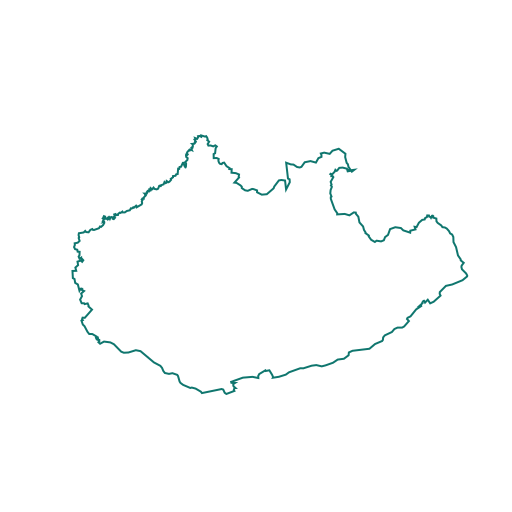 Portlaw-Kilmacthomas Lea-5, Waterford, Ireland (orthographic projection), rotated 154°
{"feature_id": "5873133B10835743668931", "entity_name": "Portlaw-Kilmacthomas Lea-5", "entity_type": "district", "adm_level": 2, "iso_a3": "IRL", "parent_name": "Ireland", "parent_adm1": "Waterford", "projection": "orthographic", "projection_center": [-7.459, 52.233], "detail": "fine", "context": "isolated", "style": "outline", "palette": "teal", "viewbox_px": 512, "rotation_deg": 154, "n_neighbors": 0, "source": "geoboundaries", "source_scale": "gbopen_adm2", "svg_char_len": 6125}
<svg xmlns="http://www.w3.org/2000/svg" viewBox="0 0 512 512"><g transform="rotate(154 256 256)"><path d="M334.6,144.2L334.7,145.3L333.3,146.7L332.3,146.3L333.3,148.7L333.0,150.1L332.4,150.9L330.5,151.1L333.7,152.8L333.5,153.8L321.1,152.4L312.1,148.9L307.4,145.3L306.6,147.2L304.8,148.5L297.7,149.1L297.7,148.4L294.1,147.4L293.6,142.1L293.7,139.6L294.2,139.2L288.4,137.4L281.2,136.3L277.3,137.0L265.4,135.7L262.7,134.3L254.0,133.0L249.6,131.5L245.3,128.0L241.4,127.2L233.6,126.3L228.0,127.1L222.0,125.1L216.3,126.2L214.8,128.6L210.8,128.5L194.7,122.9L187.6,124.7L179.9,124.3L178.7,125.0L177.4,127.1L175.0,128.2L167.2,128.1L163.6,129.7L160.2,129.6L156.1,127.6L153.8,127.7L147.1,130.5L147.9,133.2L146.9,134.0L143.6,134.0L135.5,137.8L129.4,138.6L129.3,139.3L130.5,139.6L127.0,140.6L126.9,141.3L125.2,142.2L124.6,142.1L124.5,140.0L120.8,141.4L120.2,137.1L116.4,137.0L107.5,139.5L107.5,141.5L106.6,143.0L98.4,145.9L92.2,144.4L81.0,143.7L75.2,145.1L74.7,145.9L74.8,148.2L76.7,153.8L76.2,156.1L75.4,157.2L72.3,158.8L73.9,162.3L73.5,163.3L74.2,168.0L72.3,176.3L72.4,181.9L70.3,186.6L70.3,189.3L71.6,191.2L71.6,193.7L72.5,197.0L73.7,198.8L75.8,200.2L76.1,202.3L78.2,206.1L78.6,208.0L77.5,210.6L79.9,212.8L79.2,214.1L79.5,214.8L80.2,215.0L82.0,213.6L82.1,214.6L83.1,215.5L82.8,216.6L84.3,217.4L85.4,216.0L87.3,216.0L88.4,214.9L90.8,215.6L95.0,214.5L99.0,211.6L100.6,212.7L101.0,210.0L106.2,211.1L107.2,209.4L112.4,214.5L113.5,217.6L118.2,220.8L123.7,221.4L128.1,217.1L131.7,216.4L134.2,214.1L137.2,214.3L140.9,216.9L143.0,216.5L145.4,220.1L146.1,224.2L145.6,224.9L147.6,228.6L147.2,229.1L147.5,232.1L146.8,235.6L148.3,240.8L146.8,246.5L147.7,250.1L147.3,251.3L149.0,252.3L154.2,251.6L157.8,254.9L164.8,257.8L164.2,258.8L164.9,263.4L163.7,274.6L163.0,276.1L162.1,276.3L161.8,279.7L160.0,282.6L157.5,284.9L157.7,286.6L156.8,287.0L156.4,289.9L151.9,293.0L152.1,294.1L153.2,294.7L152.4,295.6L153.3,297.0L152.9,297.2L151.8,296.0L148.5,297.2L146.9,298.6L146.5,297.3L145.6,297.2L142.5,298.7L139.4,297.5L136.0,294.6L136.4,292.3L135.0,292.7L135.4,291.6L133.2,291.0L132.9,289.8L129.9,290.4L133.2,291.5L133.8,295.6L133.2,298.2L133.7,299.9L132.5,305.8L130.8,308.7L134.6,316.1L141.1,317.1L145.0,315.5L149.4,319.0L152.8,319.7L152.9,318.1L153.7,316.4L157.0,316.6L161.2,313.7L165.4,317.4L171.1,318.9L176.1,316.2L177.9,316.4L180.1,318.0L182.2,321.7L184.6,323.1L188.0,326.6L193.3,311.6L192.2,310.2L193.3,307.5L199.8,302.6L196.8,311.1L199.9,313.2L202.3,313.9L209.2,310.4L210.5,309.1L219.2,306.8L223.9,308.6L227.1,312.8L226.3,314.5L228.9,317.2L230.1,318.0L234.8,318.2L237.0,319.8L239.0,323.3L238.4,324.6L239.0,326.3L241.4,330.2L243.2,331.4L236.8,334.0L236.9,334.7L235.5,336.7L237.8,339.3L241.5,341.6L239.8,344.7L241.8,345.8L241.2,346.5L243.1,349.6L243.7,353.9L245.3,354.3L246.6,353.6L247.9,354.6L248.3,356.0L248.1,358.0L247.0,359.6L248.4,361.3L251.1,362.5L249.4,366.2L247.7,366.3L245.0,370.6L243.2,371.6L244.1,373.3L246.4,373.3L248.3,375.2L250.4,376.1L250.4,377.8L248.0,379.3L249.0,381.5L248.3,381.9L248.0,383.9L248.3,385.6L249.4,385.6L252.4,388.4L253.0,387.2L254.2,388.7L255.6,389.1L255.8,388.2L257.5,387.1L259.0,388.7L259.1,387.5L260.2,387.6L259.9,385.1L261.0,384.5L261.1,385.1L262.3,384.0L264.2,384.7L263.9,384.0L264.8,382.1L266.3,381.7L265.9,381.0L267.1,380.6L267.2,379.2L268.1,380.3L269.1,379.9L269.3,380.7L272.2,379.5L272.9,378.9L272.9,377.4L274.2,377.8L274.2,376.8L274.9,376.8L275.3,375.6L274.5,373.9L275.6,372.4L278.3,371.5L278.3,369.7L280.2,366.4L279.9,366.0L280.6,366.6L280.8,368.6L280.2,371.5L280.9,371.8L284.2,369.1L285.7,369.5L286.8,368.0L287.7,368.6L290.5,364.0L291.9,364.4L293.2,363.4L295.6,364.2L296.1,363.1L298.8,362.7L298.9,361.7L301.3,360.7L302.4,360.7L303.4,362.5L304.3,361.1L305.3,361.1L305.8,362.6L307.6,360.9L311.6,361.4L311.5,360.8L312.5,361.2L314.5,359.4L316.0,359.4L317.8,360.8L318.1,362.4L319.5,361.7L319.8,362.8L319.8,361.6L320.3,361.5L321.0,363.2L321.5,362.6L321.6,363.5L322.1,361.1L322.9,361.2L323.2,362.1L323.9,361.1L324.8,362.0L326.1,361.3L325.9,360.7L326.8,360.0L328.7,360.9L328.2,359.6L328.8,359.4L328.6,358.7L331.5,357.7L331.7,356.8L333.0,357.4L333.9,356.9L333.5,356.0L334.7,355.2L335.1,353.5L336.2,352.5L341.8,352.1L341.4,353.2L341.6,353.8L344.7,352.9L345.0,353.6L346.9,353.1L347.6,353.7L349.4,352.4L352.3,353.1L354.8,352.7L357.1,353.8L356.9,354.4L358.9,354.1L359.4,354.7L361.4,354.3L362.0,353.4L363.8,354.0L363.8,355.3L365.2,355.5L365.4,353.8L366.6,353.5L366.0,352.2L367.7,351.5L368.4,352.2L367.7,353.4L368.4,353.4L368.6,354.3L369.7,354.5L370.9,353.5L370.8,354.4L371.6,354.1L371.4,354.8L372.0,354.5L372.0,355.2L373.0,354.5L372.9,355.3L374.5,355.0L375.0,356.0L374.6,356.9L375.4,356.9L374.5,357.7L375.2,358.5L376.3,357.6L376.3,357.0L377.2,356.9L376.7,355.5L378.6,354.3L378.5,353.5L377.5,353.7L378.3,353.4L377.5,353.2L377.8,352.3L379.9,350.8L382.5,350.1L383.2,350.9L385.0,349.8L390.2,350.4L391.2,351.1L391.3,352.0L393.4,352.1L396.1,350.7L398.2,352.0L398.5,353.4L400.6,352.7L405.2,354.1L406.3,352.6L406.7,350.3L407.5,349.9L407.9,346.9L410.4,346.1L413.4,346.9L414.0,345.3L415.6,343.8L415.6,341.5L413.9,340.0L414.4,338.1L412.7,337.1L414.3,334.1L415.7,333.2L415.8,331.0L413.8,331.2L414.4,329.7L413.6,329.6L413.1,327.9L414.8,327.0L415.5,328.7L418.9,329.2L419.9,325.8L423.4,324.8L424.1,321.5L427.5,323.0L430.3,316.4L429.2,314.9L430.3,311.1L428.6,308.5L429.9,302.2L428.1,303.5L427.2,303.2L427.4,302.4L426.8,302.3L427.2,301.6L425.9,299.9L429.6,298.9L430.0,296.2L433.2,293.9L433.4,290.0L431.2,288.8L431.1,287.9L428.1,287.2L428.2,284.8L428.7,284.1L426.9,279.7L437.0,275.5L438.9,276.6L440.0,275.5L439.8,274.3L441.2,274.4L441.7,270.3L440.9,268.1L440.7,261.8L440.1,259.0L437.3,257.6L434.6,253.5L435.7,252.8L435.7,251.3L434.0,251.7L434.1,251.1L435.3,250.6L434.7,249.6L433.7,249.2L434.1,248.1L435.4,247.6L434.6,245.5L430.1,245.7L424.8,242.2L422.4,239.0L419.1,229.1L417.2,227.0L413.0,225.2L405.3,224.0L401.5,221.1L394.4,205.1L390.1,199.2L389.5,196.6L389.7,193.3L389.2,190.8L385.9,188.2L382.5,187.3L378.9,183.7L378.7,182.3L379.7,176.6L379.5,175.0L378.0,172.1L372.9,166.2L371.4,165.9L368.4,163.3L365.0,158.2L364.7,156.5L345.2,151.5L344.0,150.3L344.1,146.8L343.1,145.0L334.6,144.2Z" fill="none" stroke="#0f766e" stroke-width="2"/></g></svg>